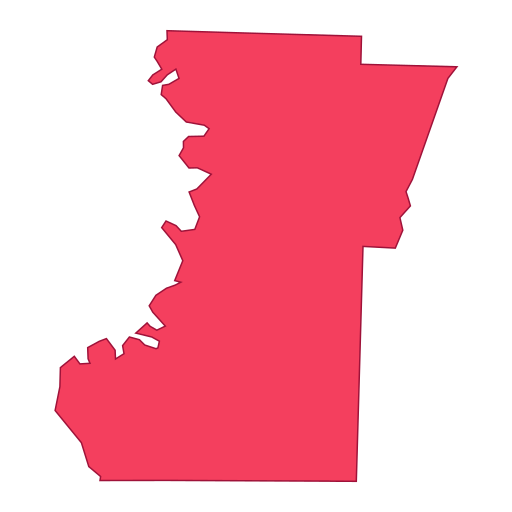 Lafayette, Arkansas, United States of America
{"feature_id": "52423323B82644020143866", "entity_name": "Lafayette", "entity_type": "district", "adm_level": 2, "iso_a3": "USA", "parent_name": "United States of America", "parent_adm1": "Arkansas", "projection": "albers", "projection_center": [-93.686, 33.25], "detail": "fine", "context": "isolated", "style": "filled", "palette": "rose", "viewbox_px": 512, "rotation_deg": 0, "n_neighbors": 0, "source": "geoboundaries", "source_scale": "gbopen_adm2", "svg_char_len": 1263}
<svg xmlns="http://www.w3.org/2000/svg" viewBox="0 0 512 512"><path d="M356.3,481.3L363.0,246.4L395.3,248.1L402.8,230.2L399.9,217.6L410.4,205.9L408.3,198.7L406.0,191.6L412.4,179.4L447.9,78.4L456.9,66.8L360.8,64.3L361.5,36.3L237.6,32.8L167.0,30.7L167.3,39.7L157.2,47.0L154.3,57.1L157.2,61.4L161.8,69.2L152.8,74.9L148.3,80.7L152.6,84.3L161.0,81.8L167.3,74.8L175.9,69.1L179.0,78.4L168.9,84.3L162.6,85.4L161.2,94.6L166.0,98.7L175.8,112.1L186.3,122.0L204.3,125.2L209.1,128.7L203.9,136.2L188.6,136.5L183.4,141.4L183.5,147.8L179.1,155.6L189.0,168.0L197.3,167.8L211.3,174.2L196.8,189.0L189.1,192.0L194.4,205.5L199.6,216.8L194.8,229.4L181.3,231.3L176.1,225.7L166.0,221.0L161.7,227.6L175.7,244.6L182.8,260.7L174.7,280.6L180.8,282.2L175.2,285.1L166.5,288.2L155.9,295.3L149.2,305.8L152.8,312.2L165.3,326.1L156.8,330.2L150.1,326.3L147.1,322.9L135.8,333.1L151.8,337.0L159.4,341.2L157.9,347.9L156.0,348.7L144.7,345.0L139.4,339.7L129.4,337.0L122.6,345.6L124.0,353.7L115.5,359.0L115.1,350.2L106.4,338.6L99.3,341.3L87.7,347.6L88.1,358.8L90.0,363.3L79.9,363.9L74.3,356.3L60.4,367.6L59.9,386.7L55.1,410.5L81.4,442.7L88.8,466.6L100.6,476.5L100.0,480.5L166.5,480.4L322.9,481.1L328.3,481.1L331.5,481.2L356.0,481.3L356.3,481.3Z" fill="#f43f5e" stroke="#9f1239" stroke-width="1.5"/></svg>